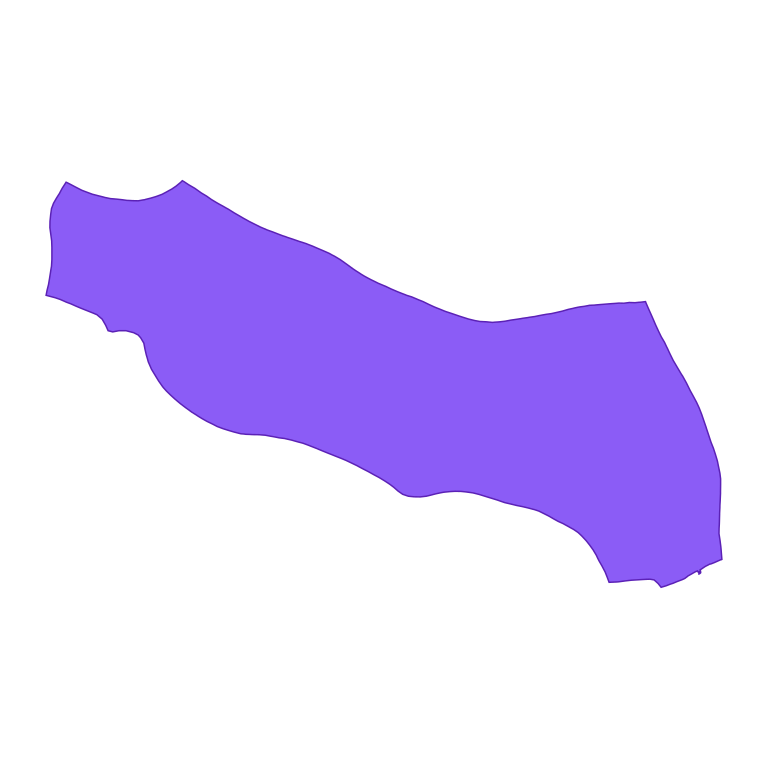 Ghayl Bawazir, Hadramawt, Yemen (Natural Earth projection)
{"feature_id": "15242507B58330676723626", "entity_name": "Ghayl Bawazir", "entity_type": "district", "adm_level": 2, "iso_a3": "YEM", "parent_name": "Yemen", "parent_adm1": "Hadramawt", "projection": "natural_earth1", "projection_center": [49.096, 14.883], "detail": "fine", "context": "isolated", "style": "filled", "palette": "violet", "viewbox_px": 768, "rotation_deg": 0, "n_neighbors": 0, "source": "geoboundaries", "source_scale": "gbopen_adm2", "svg_char_len": 5985}
<svg xmlns="http://www.w3.org/2000/svg" viewBox="0 0 768 768"><path d="M645.5,301.6L640.7,302.2L638.8,302.3L635.0,302.7L629.2,302.5L627.9,302.7L624.0,303.2L623.3,303.2L618.9,303.1L613.8,303.5L612.2,303.6L608.3,303.9L604.7,304.2L603.4,304.3L599.6,304.6L595.2,305.0L594.6,305.1L589.5,305.3L587.6,305.7L584.4,306.3L579.9,306.9L578.1,307.2L573.9,308.1L573.3,308.3L568.2,309.4L563.1,310.9L562.4,311.1L556.8,312.4L551.4,313.6L546.3,314.3L541.8,315.1L540.3,315.4L539.1,315.6L534.9,316.5L529.2,317.3L527.7,317.6L522.6,318.3L521.0,318.6L517.2,319.2L510.9,320.1L505.1,321.2L499.0,321.9L494.5,322.2L492.5,322.4L486.2,321.8L480.1,321.5L475.0,320.6L468.4,319.0L464.0,317.6L462.1,317.0L459.3,316.1L455.5,314.8L453.5,314.1L449.6,312.8L446.2,311.7L444.6,311.1L439.2,308.9L436.4,307.8L434.0,306.8L428.8,304.4L423.1,301.6L418.3,299.7L416.7,299.0L411.5,296.8L411.1,296.7L406.6,295.3L405.2,294.7L401.8,293.4L398.5,292.1L396.8,291.4L391.2,289.0L386.4,286.7L380.0,284.0L379.1,283.6L378.7,283.5L373.9,281.1L371.2,279.8L369.1,278.7L367.2,277.7L364.3,276.1L361.0,274.1L358.9,272.7L356.2,271.0L352.8,268.7L346.8,264.3L340.2,259.6L337.0,257.7L334.5,256.2L332.3,255.1L329.3,253.4L324.1,251.1L318.0,248.5L316.6,247.9L312.5,246.1L307.8,244.3L306.4,243.7L301.8,242.2L299.8,241.6L297.2,240.7L292.6,239.1L287.4,237.4L285.6,236.7L282.8,235.8L278.8,234.3L272.9,232.0L267.3,230.0L260.3,227.0L253.9,223.8L249.1,221.4L246.1,219.7L243.9,218.5L239.1,215.7L233.9,212.7L228.2,209.1L226.5,208.2L223.2,206.3L218.8,203.9L216.7,202.7L211.4,199.5L206.6,196.1L201.9,193.3L201.4,193.0L194.8,188.3L188.6,184.7L184.1,181.7L182.3,180.7L180.7,182.3L176.1,186.1L171.7,189.1L169.1,190.5L166.6,191.9L162.1,194.3L157.0,196.2L155.2,196.8L150.8,198.1L145.2,199.5L144.7,199.7L142.6,200.0L138.3,200.8L133.1,200.7L127.5,200.4L127.0,200.4L122.0,199.7L116.4,199.1L110.4,198.6L106.1,197.7L105.0,197.5L103.3,197.0L98.9,195.9L92.3,194.2L86.9,192.2L81.9,190.3L80.7,189.7L77.2,187.9L74.5,186.5L71.5,184.9L67.6,182.9L66.1,182.2L64.5,184.7L62.3,188.1L60.3,191.8L59.5,193.4L58.7,194.6L56.3,198.4L53.5,203.3L52.5,206.0L51.5,208.6L50.7,214.4L50.0,221.3L49.9,227.7L50.9,235.1L51.7,241.1L51.7,241.9L51.9,247.5L51.9,249.0L51.9,253.2L51.9,259.6L51.7,262.7L51.5,266.2L50.9,269.7L50.5,272.3L49.5,278.7L48.5,284.6L47.1,290.1L46.1,295.3L47.6,295.7L48.3,295.9L55.1,297.7L60.1,299.4L64.9,301.5L65.5,301.8L66.2,302.1L71.0,303.9L75.9,306.1L81.6,308.5L87.9,311.0L93.4,313.2L95.5,314.1L96.8,314.6L102.2,319.2L105.7,325.3L108.1,330.7L112.7,331.9L119.0,330.7L126.0,330.7L133.7,332.7L138.2,335.0L139.6,336.6L140.6,337.7L143.8,343.1L143.9,343.5L145.0,349.3L146.3,354.9L147.2,357.9L148.3,361.9L150.7,367.4L151.3,368.9L151.7,369.6L154.3,373.9L158.5,380.8L162.7,386.8L163.8,388.1L166.4,391.0L170.7,395.2L175.3,399.4L180.3,403.6L185.8,407.8L192.0,412.3L196.7,415.2L197.2,415.6L201.7,418.4L204.7,420.1L207.0,421.4L212.4,424.0L213.0,424.3L217.2,426.5L223.1,428.7L228.5,430.4L229.5,430.7L233.9,432.0L240.9,433.8L243.8,434.0L245.9,434.3L249.2,434.4L252.4,434.6L258.9,434.7L262.4,435.0L265.2,435.2L270.5,436.2L272.9,436.6L275.6,437.1L279.0,437.8L284.6,438.5L286.7,439.0L291.6,440.1L296.8,441.6L297.9,441.9L302.9,443.2L308.6,445.3L310.3,446.0L315.2,447.9L322.2,450.8L328.6,453.4L331.7,454.6L334.9,455.9L341.0,458.3L344.8,459.9L345.8,460.3L352.1,463.3L355.2,464.8L356.9,465.6L358.7,466.6L362.8,468.8L367.7,471.3L369.0,472.0L374.0,474.8L378.9,477.4L384.2,480.6L389.4,484.0L393.8,487.3L395.6,488.9L398.1,491.1L402.7,494.3L408.3,496.2L411.0,496.5L414.2,496.8L420.3,496.9L426.4,496.2L430.9,495.1L433.9,494.3L435.9,493.8L438.7,493.2L440.6,492.8L443.8,492.2L449.9,491.6L455.0,491.3L460.9,491.4L465.9,491.9L471.6,492.7L473.0,492.9L479.0,494.4L484.8,496.2L488.7,497.4L490.7,498.0L492.3,498.5L497.5,500.1L500.9,501.3L504.7,502.6L511.1,504.1L516.8,505.5L522.4,506.6L528.3,508.0L533.1,509.3L534.1,509.5L538.9,511.1L540.9,512.1L544.1,513.7L544.5,513.9L548.7,516.0L553.5,518.8L556.4,520.4L558.2,521.4L563.3,523.7L564.3,524.3L568.7,526.7L570.6,527.8L573.7,529.5L578.1,532.5L581.4,535.6L582.0,536.2L586.1,540.6L589.6,545.0L592.7,549.3L593.1,549.8L593.6,550.7L596.3,555.2L597.6,558.0L599.0,560.8L602.0,566.0L604.5,570.8L605.0,571.7L605.1,571.9L607.2,577.2L607.9,579.1L609.1,582.3L613.6,582.1L616.1,582.0L617.7,581.9L618.7,581.8L625.3,580.9L631.5,580.2L641.3,579.6L646.3,579.3L650.0,579.2L654.1,579.9L655.0,580.7L658.1,583.5L660.8,586.9L661.1,587.3L663.4,586.6L666.1,585.8L670.2,584.2L673.0,583.3L677.0,581.6L682.1,579.7L684.1,578.8L685.2,578.2L685.5,577.9L687.4,576.5L687.9,576.0L692.0,573.7L693.9,572.6L696.1,571.4L696.3,571.4L696.5,571.4L697.3,570.9L697.5,570.9L698.1,571.9L698.3,572.3L698.6,572.8L698.9,573.0L699.0,573.1L699.1,572.9L698.8,572.5L698.6,572.3L698.5,572.1L698.6,571.9L698.9,571.8L699.8,571.3L700.1,571.4L700.3,571.3L700.3,571.5L700.4,571.8L700.4,572.0L700.5,572.2L700.5,572.5L700.4,572.7L700.3,572.8L700.2,572.8L700.0,573.0L699.3,573.6L699.0,573.8L699.0,574.0L699.3,573.9L700.1,573.3L700.5,573.0L700.7,572.5L700.7,572.2L700.5,571.2L700.3,570.0L700.2,569.8L700.4,569.7L702.8,568.1L704.7,566.8L705.7,566.2L706.7,565.7L708.1,565.0L709.7,564.1L709.9,564.1L710.1,564.1L711.0,563.9L714.3,562.6L718.8,560.6L719.8,560.2L720.1,560.0L720.7,559.7L721.0,559.8L721.2,559.7L721.9,559.4L721.8,558.7L721.8,558.3L721.7,557.1L721.0,548.5L720.8,546.5L720.0,540.1L719.8,538.9L719.0,533.7L719.1,528.0L719.3,524.6L719.4,522.0L719.6,514.2L719.6,513.3L719.9,507.2L719.9,505.7L720.2,500.5L720.3,498.0L720.5,493.5L720.5,491.3L720.6,484.7L720.6,478.9L719.9,473.2L718.3,465.5L717.5,461.5L717.1,460.0L715.3,454.0L715.1,453.4L713.4,448.2L711.0,442.2L708.6,434.9L706.3,428.0L706.2,427.5L705.9,426.7L703.6,420.0L701.7,414.4L699.2,408.0L697.2,403.7L696.7,402.6L693.4,396.4L691.7,393.3L690.3,390.8L686.5,383.1L682.8,376.4L681.1,373.8L679.7,371.4L677.9,368.4L676.5,366.0L673.2,360.4L669.7,353.3L667.3,348.1L666.8,347.2L664.5,342.3L661.2,336.7L659.3,332.8L658.4,330.9L655.8,325.3L654.8,323.0L653.4,319.7L651.1,314.5L648.5,308.7L645.9,302.7L645.7,302.1L645.5,301.6Z" fill="#8b5cf6" stroke="#5b21b6" stroke-width="1.5"/></svg>